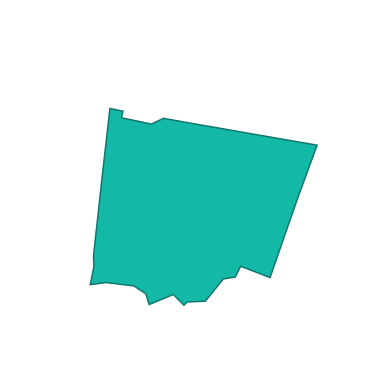 the district of Walton, Georgia, United States of America, rotated 153°
{"feature_id": "52423323B14097412189551", "entity_name": "Walton", "entity_type": "district", "adm_level": 2, "iso_a3": "USA", "parent_name": "United States of America", "parent_adm1": "Georgia", "projection": "mercator", "projection_center": [-83.731, 33.763], "detail": "fine", "context": "isolated", "style": "filled", "palette": "teal", "viewbox_px": 384, "rotation_deg": 153, "n_neighbors": 0, "source": "geoboundaries", "source_scale": "gbopen_adm2", "svg_char_len": 546}
<svg xmlns="http://www.w3.org/2000/svg" viewBox="0 0 384 384"><g transform="rotate(153 192 192)"><path d="M59.3,176.9L96.3,204.6L96.7,205.0L111.6,216.1L165.9,256.9L184.0,270.6L197.4,271.0L221.2,290.2L216.8,295.3L227.2,303.7L261.8,251.4L308.7,179.9L313.3,170.1L324.7,155.6L309.8,150.4L286.4,134.7L279.3,122.1L281.3,111.2L255.2,109.2L250.6,94.8L246.1,96.2L229.7,88.6L203.6,100.3L191.9,96.6L184.4,102.3L182.3,103.7L161.3,80.3L130.1,110.3L122.3,117.8L109.1,130.4L100.3,138.8L59.3,176.9Z" fill="#14b8a6" stroke="#0f766e" stroke-width="1.5"/></g></svg>